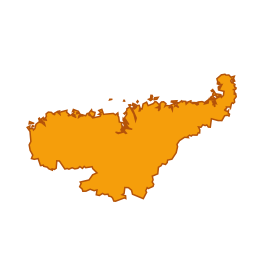 map outline of Guangdong (Albers equal-area conic projection), rotated 193°
{"feature_id": "CHN-1180", "entity_name": "Guangdong", "entity_type": "Province", "adm_level": 1, "iso_a3": "CHN", "parent_name": "China", "parent_adm1": "", "projection": "albers", "projection_center": [112.97, 22.878], "detail": "fine", "context": "isolated", "style": "filled", "palette": "amber", "viewbox_px": 256, "rotation_deg": 193, "n_neighbors": 0, "source": "natural_earth", "source_scale": "10m", "svg_char_len": 5899}
<svg xmlns="http://www.w3.org/2000/svg" viewBox="0 0 256 256"><g transform="rotate(193 128 128)"><path d="M154.9,135.8L145.6,138.9L143.2,138.0L141.3,140.4L140.7,138.8L141.4,138.5L139.5,136.6L137.8,131.9L135.1,131.8L135.1,130.1L134.1,128.0L133.8,129.3L133.9,127.6L133.5,128.1L134.7,123.9L133.6,127.3L134.1,123.9L133.0,126.7L133.2,124.3L132.2,125.3L132.0,123.1L136.0,121.2L139.2,121.2L136.3,120.4L131.3,123.2L128.9,122.2L128.4,122.6L131.1,124.4L130.6,127.1L123.6,127.7L127.2,128.1L130.9,131.3L129.5,132.3L127.9,131.6L133.7,137.0L132.3,140.9L132.6,142.5L134.0,142.8L133.1,144.8L133.4,146.6L130.7,148.9L125.3,142.8L122.3,137.0L122.2,139.5L128.6,148.2L126.0,148.1L124.6,150.1L124.5,151.8L122.2,152.6L120.9,150.5L120.9,147.1L120.2,147.4L119.5,149.9L118.6,149.8L118.7,154.8L115.7,157.4L113.4,154.3L108.7,157.6L107.7,159.7L106.2,159.8L102.9,157.7L102.5,156.1L104.7,154.3L102.0,154.6L102.2,151.4L101.1,153.9L102.3,158.9L101.2,160.9L99.2,161.6L96.5,160.3L96.8,157.7L96.2,158.5L92.4,159.0L91.9,158.4L92.8,156.5L90.9,158.2L88.8,155.4L89.2,158.5L91.7,159.7L88.2,162.4L87.4,162.4L88.4,161.8L87.4,161.3L87.3,159.8L86.6,160.5L83.2,159.4L85.4,161.0L85.9,162.4L85.0,163.3L86.1,164.1L84.1,163.9L81.9,166.5L80.6,165.0L81.0,166.4L77.8,166.9L76.7,164.4L76.1,165.4L76.8,166.3L74.8,166.1L75.9,166.5L72.3,169.0L73.2,167.3L70.3,166.4L69.4,166.8L71.2,167.3L67.6,168.0L68.7,167.2L66.0,166.0L64.9,166.8L65.6,167.6L64.7,168.7L66.4,167.6L67.1,168.0L65.0,169.3L61.8,170.4L59.1,170.0L55.9,173.8L56.7,171.3L55.8,172.1L55.6,170.7L58.8,169.5L58.9,168.7L55.6,170.4L55.5,174.7L53.9,174.2L54.3,174.8L51.4,175.0L50.1,175.7L50.0,173.0L51.4,173.4L51.6,172.6L50.5,172.4L51.6,171.6L50.2,172.4L50.4,169.9L49.4,170.1L48.6,169.0L49.1,168.3L48.3,168.7L49.1,171.8L47.5,171.6L49.5,174.4L49.3,176.1L44.4,180.2L43.8,179.0L42.4,181.2L42.7,185.3L48.3,185.4L49.3,188.2L48.6,189.2L47.9,188.7L47.6,186.1L46.4,190.8L47.1,190.2L46.7,191.4L48.0,191.2L49.2,192.9L51.1,193.4L52.5,196.0L49.0,200.8L45.6,202.2L44.5,201.6L41.6,202.3L39.2,200.7L36.0,202.4L36.3,200.0L34.6,197.7L35.7,197.0L37.8,199.3L38.5,197.0L37.4,195.7L36.8,196.2L36.5,194.9L36.1,196.6L35.5,195.2L33.6,194.5L34.3,192.3L33.6,193.4L33.1,191.7L31.6,191.3L31.8,190.0L34.7,188.9L32.8,189.5L32.1,184.9L31.4,184.9L31.6,186.2L30.7,185.2L31.0,186.2L29.6,182.8L31.0,179.8L29.9,177.2L30.9,175.7L32.1,176.1L32.7,174.7L32.6,170.7L33.2,171.5L36.8,170.6L36.3,169.8L37.6,167.9L36.9,167.7L37.4,166.9L34.7,166.5L34.0,167.8L33.7,165.1L32.2,164.3L32.3,162.4L33.9,162.8L36.6,161.7L38.2,156.3L41.9,155.5L48.8,155.8L48.0,147.3L49.9,147.0L51.9,148.7L53.4,147.7L55.8,148.0L57.1,145.1L59.6,144.9L57.6,142.4L57.1,139.3L58.5,139.1L59.1,136.6L63.7,135.6L64.5,134.4L66.5,134.8L67.9,133.0L67.1,132.2L70.8,131.7L75.0,127.3L76.6,123.1L75.5,121.0L75.5,114.8L78.2,107.5L82.2,105.6L82.0,103.2L83.2,100.9L86.6,101.0L87.3,98.7L89.5,96.6L88.7,90.0L93.5,86.6L91.9,83.1L92.3,80.8L90.3,79.0L90.5,76.7L94.6,73.6L95.9,74.2L96.6,70.8L95.4,69.6L97.2,62.6L108.7,64.5L110.6,68.2L114.2,70.0L117.7,69.3L117.1,63.4L118.7,61.7L115.1,61.4L114.3,58.8L115.8,59.1L123.6,53.9L125.4,53.6L127.2,56.2L128.8,57.3L131.4,57.3L132.6,59.0L135.8,57.9L138.1,58.5L140.7,55.8L143.9,55.8L144.3,60.6L146.9,59.3L151.1,59.8L154.7,57.0L157.8,56.2L158.8,58.1L161.9,59.9L161.2,63.3L162.4,64.6L154.3,68.6L151.9,74.5L148.1,77.3L153.1,80.4L154.3,82.2L160.3,79.8L162.0,80.7L163.3,78.4L166.2,79.6L167.8,77.4L170.7,76.2L173.5,76.7L176.3,74.6L178.1,74.9L180.3,73.8L187.4,80.4L190.0,80.0L188.9,72.7L190.3,71.1L192.7,71.1L192.3,69.9L195.9,70.4L197.9,71.7L201.5,71.7L202.1,72.7L204.8,71.7L208.7,78.0L212.3,76.4L215.2,76.5L214.7,80.2L218.3,84.2L220.5,89.3L219.6,93.0L222.7,102.6L226.4,105.9L224.1,107.9L223.6,105.0L220.6,106.2L219.7,104.8L218.6,106.4L218.5,110.9L216.2,113.8L213.2,113.7L209.6,112.0L211.0,114.6L215.6,114.5L217.1,117.0L216.6,117.7L214.5,115.9L213.5,115.8L214.8,116.8L213.0,119.1L212.1,117.0L209.4,117.2L209.9,118.2L211.9,117.9L210.1,120.7L211.0,123.3L209.2,125.6L206.2,126.0L203.8,124.6L201.9,124.5L203.6,125.2L200.2,128.4L198.9,129.0L199.6,127.1L197.4,126.0L198.3,127.9L191.5,131.5L191.3,129.5L188.1,127.8L189.3,126.2L184.9,128.6L184.2,128.3L184.5,127.3L180.8,126.6L182.8,127.2L182.5,128.7L184.9,129.0L186.2,128.2L184.1,131.0L184.8,132.5L185.7,131.8L185.4,133.8L180.1,133.1L179.1,132.0L181.4,131.2L181.0,130.4L179.8,131.2L176.4,130.5L178.6,128.7L178.5,127.2L176.7,129.2L174.8,129.6L175.0,130.6L172.0,130.4L171.1,132.9L169.9,133.4L168.8,131.6L166.7,131.4L169.4,133.8L167.6,137.5L166.8,135.9L163.6,135.8L163.5,132.3L165.6,130.6L164.6,129.9L157.8,133.1L157.4,134.8L159.6,134.8L157.2,137.2L158.4,137.0L160.4,138.5L157.7,140.3L154.9,135.8ZM53.1,180.1L52.2,182.9L50.3,181.0L45.1,181.4L45.1,180.3L46.2,180.1L45.9,179.3L46.8,179.6L47.5,179.1L46.2,178.9L49.0,178.4L49.7,180.0L52.6,178.8L53.1,180.1ZM112.2,159.8L114.4,160.6L112.7,161.7L113.0,165.0L111.8,165.2L111.0,163.9L112.1,162.1L110.4,161.8L112.2,159.8ZM130.4,127.8L133.6,131.9L132.6,131.8L128.4,127.8L130.4,127.8ZM87.3,163.3L91.7,163.1L91.7,164.0L86.6,165.5L87.3,163.3ZM55.0,175.8L53.0,178.2L49.7,176.1L53.1,175.4L53.4,176.7L55.0,175.8ZM132.3,132.3L134.6,134.7L134.8,136.2L130.5,132.9L132.3,132.3ZM220.5,111.4L225.3,109.8L225.4,112.1L220.5,111.4ZM108.7,161.5L108.8,163.5L105.5,164.7L106.3,162.5L108.7,161.5ZM128.9,151.2L128.7,153.1L126.1,152.6L128.1,150.8L128.9,151.2ZM127.6,148.8L126.3,151.2L125.3,151.2L125.1,149.9L127.6,148.8ZM54.3,182.4L55.3,183.0L54.1,184.5L53.1,183.5L54.3,182.4ZM130.4,150.5L131.6,149.7L132.4,150.7L130.7,151.3L130.4,150.5ZM125.3,155.5L124.8,156.7L124.0,156.1L124.5,154.9L125.3,155.5ZM50.9,191.1L51.0,192.6L50.5,192.8L49.5,190.9L50.9,191.1ZM131.8,126.1L132.5,127.5L132.2,128.3L131.3,127.2L131.8,126.1ZM221.8,107.6L221.6,108.7L220.3,108.7L220.3,108.4L221.8,107.6ZM134.3,140.8L135.2,141.3L134.3,142.2L134.0,141.6L134.3,140.8ZM152.3,151.2L152.2,151.9L149.7,152.5L152.3,151.2ZM138.3,153.3L138.1,154.2L137.7,154.1L137.4,153.4L138.3,153.3Z" fill="#f59e0b" stroke="#b45309" stroke-width="1.5"/></g></svg>